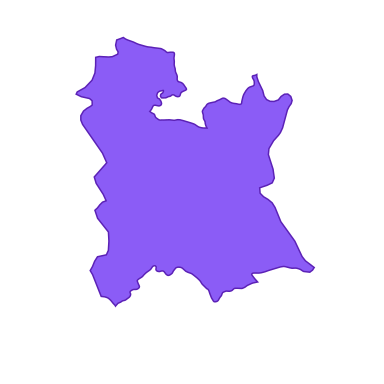 SVG path tracing the border of Srednje-Banatski, rotated 16°
{"feature_id": "SRB-1061", "entity_name": "Srednje-Banatski", "entity_type": "District", "adm_level": 1, "iso_a3": "SRB", "parent_name": "Republic of Serbia", "parent_adm1": "", "projection": "robinson", "projection_center": [20.51, 45.43], "detail": "fine", "context": "isolated", "style": "filled", "palette": "violet", "viewbox_px": 384, "rotation_deg": 16, "n_neighbors": 0, "source": "natural_earth", "source_scale": "10m", "svg_char_len": 5765}
<svg xmlns="http://www.w3.org/2000/svg" viewBox="0 0 384 384"><g transform="rotate(16 192 192)"><path d="M221.9,61.2L222.6,63.5L225.4,67.6L232.0,75.0L234.8,79.8L238.2,82.6L242.1,83.3L246.0,82.3L249.6,79.7L251.3,75.6L253.9,72.5L257.1,71.4L260.6,72.9L263.0,76.4L263.0,79.7L261.8,83.1L261.1,86.8L261.4,105.4L260.6,110.5L259.5,113.6L256.3,120.2L254.0,129.1L255.1,135.0L263.6,147.7L267.3,156.0L266.6,161.1L262.4,164.8L255.9,169.3L257.8,174.4L262.0,176.8L267.2,178.2L272.0,180.3L276.1,184.0L285.6,196.1L304.4,210.9L315.6,223.7L320.0,226.9L330.3,230.9L330.2,231.2L329.4,233.9L327.7,236.1L327.4,236.6L321.4,237.6L320.5,237.5L318.1,236.7L317.1,236.5L315.9,236.4L313.6,236.4L312.5,236.6L309.2,237.7L308.2,237.8L307.1,237.9L302.7,238.0L301.7,238.1L300.6,238.3L298.8,239.1L297.4,239.8L291.3,243.7L287.3,246.3L284.1,248.6L281.4,250.2L280.7,250.6L278.6,251.5L273.9,252.8L273.0,253.2L272.4,253.7L272.2,254.1L272.1,254.6L272.3,255.0L272.6,255.4L276.1,258.0L279.9,260.4L275.6,262.7L274.5,263.5L271.0,266.5L270.2,267.5L269.3,268.7L268.8,269.2L267.4,270.4L266.5,271.0L262.3,272.0L259.9,272.7L259.4,273.0L258.8,273.6L257.7,275.5L257.2,276.0L256.7,276.4L255.6,277.0L255.1,277.2L253.1,277.6L252.5,277.7L251.9,278.0L251.2,278.5L249.8,279.6L249.4,280.1L249.1,280.5L249.0,281.1L248.9,282.8L248.8,283.6L247.9,285.7L247.1,288.9L246.8,289.5L246.4,290.0L246.0,290.4L244.9,291.0L244.4,291.2L243.9,291.3L243.3,291.3L242.6,290.9L242.2,290.5L240.0,288.5L237.1,284.7L235.7,282.6L235.1,281.9L234.4,281.3L233.6,280.9L232.9,280.9L227.4,277.9L226.6,277.3L224.8,275.6L223.1,274.5L220.6,273.2L216.6,271.5L214.5,270.7L213.5,270.5L210.1,270.3L209.0,270.1L207.9,269.9L204.0,268.0L203.1,267.7L202.3,267.6L201.6,267.6L199.9,267.9L198.8,268.3L197.8,269.0L197.3,269.6L197.0,270.3L195.9,273.0L195.4,275.4L195.0,276.1L194.1,277.3L193.4,278.0L192.7,278.5L191.9,278.8L191.0,278.7L189.7,278.2L187.2,276.3L186.4,276.0L185.8,276.0L185.2,276.0L184.2,276.5L183.1,277.2L182.5,277.5L181.9,277.6L181.1,277.7L180.2,277.6L179.7,277.4L179.2,277.1L178.8,276.6L178.6,276.1L178.4,274.5L178.2,274.0L178.0,273.6L177.3,273.2L176.8,273.1L176.3,273.2L175.7,273.5L175.1,274.0L174.7,274.5L174.4,275.3L173.6,277.7L173.1,278.5L170.4,281.9L169.5,283.3L168.4,285.3L167.8,286.7L167.2,287.6L164.7,290.4L164.1,291.3L163.8,292.1L163.8,292.4L164.2,293.1L165.7,295.1L167.1,296.7L167.5,297.3L167.6,298.1L167.4,298.8L167.0,299.5L166.3,300.3L165.6,300.8L165.0,301.1L163.0,301.7L162.4,302.0L161.8,302.4L160.5,303.8L160.0,304.7L160.0,305.4L160.3,305.9L161.1,306.9L161.3,307.7L161.3,308.4L161.2,309.1L161.0,309.8L160.6,310.6L157.9,314.1L157.2,314.7L155.2,315.8L153.8,317.5L151.5,319.4L149.9,322.8L149.5,322.3L146.8,320.7L144.3,318.9L143.3,318.3L141.9,317.6L140.6,317.1L139.5,316.9L137.2,316.8L133.5,317.4L119.2,298.8L115.8,295.6L116.9,291.1L117.5,285.4L119.0,280.3L127.0,276.0L127.7,271.2L125.7,262.2L122.7,253.5L108.5,243.3L103.7,236.3L105.5,233.4L106.9,229.8L108.8,226.4L111.9,224.1L107.3,218.7L97.5,210.1L93.9,204.5L102.0,187.4L95.2,179.3L68.2,157.2L65.3,153.5L64.1,149.3L65.4,144.1L68.1,140.4L70.8,137.7L72.1,135.8L70.8,131.8L67.7,130.4L59.3,130.9L53.7,129.9L54.1,127.4L60.4,121.1L65.1,112.1L65.9,104.4L64.5,97.0L62.3,89.1L65.5,87.3L68.7,86.6L74.7,85.2L78.1,83.9L82.6,80.0L82.4,77.7L80.1,75.5L78.1,71.9L77.7,66.6L81.2,64.1L81.8,63.6L83.4,62.4L85.7,63.2L86.8,63.4L88.2,63.6L94.4,64.0L98.0,64.6L100.2,64.8L102.5,64.8L107.1,64.8L109.4,64.7L112.9,64.1L116.4,63.7L118.6,63.3L122.6,62.7L123.4,62.8L124.0,62.9L126.3,63.4L127.2,63.7L128.8,64.5L129.5,64.7L129.9,64.7L130.8,64.4L132.6,63.6L134.3,63.1L135.4,62.9L135.9,62.9L136.4,63.1L136.8,63.6L137.1,64.3L137.3,65.2L137.6,67.4L137.8,68.4L139.0,71.4L139.8,74.6L140.7,76.4L141.7,77.9L142.9,80.8L143.3,81.4L145.0,83.4L145.9,84.8L146.1,85.5L146.7,87.9L147.2,88.7L147.8,89.3L148.5,89.7L148.9,89.7L150.9,89.7L151.8,89.8L153.0,90.2L153.7,90.6L154.7,91.3L156.2,92.6L157.7,93.8L158.2,94.4L158.4,95.0L158.2,95.4L157.7,96.0L155.8,97.6L154.5,98.9L154.1,99.7L153.9,100.4L153.9,102.2L153.8,102.9L153.4,103.6L152.7,104.0L152.1,104.3L151.4,104.4L150.5,104.4L149.7,104.3L148.2,103.8L147.5,103.7L146.7,103.8L146.1,104.2L144.9,105.8L144.3,106.2L142.9,106.9L141.4,108.3L140.6,108.8L138.3,109.5L137.0,109.9L136.5,109.7L135.4,108.8L135.1,107.8L135.1,106.7L135.6,105.8L136.5,104.9L136.8,103.3L136.7,102.7L136.5,102.3L136.0,102.4L132.9,104.2L131.6,105.9L131.4,108.8L132.9,111.1L135.0,111.5L136.7,112.9L137.7,114.1L138.3,115.2L138.4,116.0L138.3,116.8L138.0,117.2L137.6,117.7L136.9,118.2L136.3,118.4L135.6,118.5L132.8,118.7L132.2,118.9L131.6,119.1L131.1,119.7L130.8,120.4L130.3,123.5L129.7,125.2L129.2,126.2L131.0,126.9L133.9,127.5L134.4,127.7L134.7,128.0L136.0,129.8L136.4,130.2L137.3,130.7L139.9,131.6L140.5,131.7L141.1,131.7L141.8,131.6L143.1,131.1L145.0,130.6L148.6,129.4L150.5,128.8L153.4,128.3L155.1,128.0L155.8,127.7L158.1,126.5L159.6,126.1L160.6,125.9L164.0,125.8L171.8,125.9L174.0,126.0L175.1,126.1L176.2,126.3L179.5,127.4L180.4,127.6L181.4,127.7L183.5,127.6L185.1,127.4L188.8,126.4L187.1,124.5L186.4,123.5L185.9,122.6L185.3,121.1L185.0,120.6L182.9,118.4L182.4,117.2L181.6,114.8L180.2,112.6L179.8,111.9L179.7,111.1L179.8,110.6L180.3,108.6L180.5,107.9L181.5,106.2L182.2,103.8L182.8,102.9L183.9,101.9L187.2,100.1L188.8,99.3L189.5,98.9L190.9,97.4L193.2,95.6L195.1,93.8L195.8,93.3L196.4,93.1L197.0,93.0L197.9,93.0L198.7,93.2L199.9,93.6L202.8,94.7L204.0,95.2L204.9,95.3L205.9,95.4L207.7,95.3L210.2,94.9L212.6,94.8L213.6,94.6L214.2,94.5L214.6,94.2L215.0,93.7L215.2,93.0L214.9,91.0L214.8,88.9L214.7,86.6L214.8,84.5L215.0,83.4L215.9,79.9L217.0,77.3L217.6,76.3L218.5,75.3L221.5,73.2L222.0,72.6L222.2,71.9L222.1,71.2L222.0,70.6L221.3,68.5L220.6,67.4L219.2,66.1L218.5,65.2L218.2,64.5L218.1,64.1L218.3,63.7L218.8,63.3L220.2,62.6L220.8,62.2L221.4,61.7L221.8,61.3L221.9,61.2Z" fill="#8b5cf6" stroke="#5b21b6" stroke-width="1.5"/></g></svg>